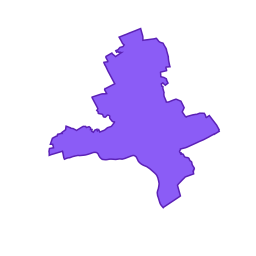 the district of Rundāles pag., Rundales, Latvia, rotated 157°
{"feature_id": "27541924B12061124033846", "entity_name": "Rundāles pag.", "entity_type": "district", "adm_level": 2, "iso_a3": "LVA", "parent_name": "Latvia", "parent_adm1": "Rundales", "projection": "mercator", "projection_center": [24.042, 56.399], "detail": "fine", "context": "isolated", "style": "filled", "palette": "violet", "viewbox_px": 256, "rotation_deg": 157, "n_neighbors": 0, "source": "geoboundaries", "source_scale": "gbopen_adm2", "svg_char_len": 5368}
<svg xmlns="http://www.w3.org/2000/svg" viewBox="0 0 256 256"><g transform="rotate(157 128 128)"><path d="M77.5,214.6L82.0,214.7L83.2,214.7L89.3,214.9L92.9,214.9L95.1,215.0L100.7,215.1L100.2,211.0L100.0,208.2L100.0,207.9L99.1,206.0L100.5,205.1L100.9,204.9L103.9,205.3L105.2,204.7L106.5,204.0L107.5,203.9L108.4,204.0L108.8,204.0L109.1,203.9L108.8,202.1L107.4,202.2L107.0,201.4L106.9,201.4L105.4,200.7L105.0,200.1L104.7,200.0L108.2,199.3L111.5,198.6L113.6,202.7L113.6,203.3L115.4,203.1L120.3,202.5L120.8,201.5L120.4,197.6L120.5,197.3L120.8,196.9L124.5,197.9L124.7,197.6L124.6,195.3L124.6,194.6L124.5,194.4L124.4,193.7L124.2,188.2L122.9,173.9L133.2,173.1L133.7,173.1L133.8,173.2L134.0,173.0L134.3,172.8L134.6,172.2L134.2,168.3L134.2,168.0L135.4,168.3L136.9,168.9L137.8,169.3L138.9,169.6L140.7,169.8L147.8,170.4L148.9,170.5L149.0,170.5L149.1,170.3L149.2,170.0L148.2,158.4L148.2,158.0L148.2,157.6L148.3,157.4L148.5,157.2L149.9,156.4L149.3,155.1L149.2,154.8L149.2,154.5L149.6,153.5L149.6,153.3L149.6,153.1L149.4,152.8L147.0,151.2L146.6,150.9L146.2,150.4L146.2,150.2L146.1,149.9L146.2,148.1L146.1,147.9L146.0,147.7L145.0,147.0L144.9,146.9L144.4,146.9L144.0,147.0L142.2,147.8L141.9,147.8L141.6,147.8L141.4,147.7L140.4,146.7L140.2,146.5L140.2,146.2L140.3,145.7L140.4,145.4L140.9,144.6L140.9,144.3L140.9,144.0L140.8,143.4L140.1,140.9L139.8,140.2L139.7,140.0L139.3,139.6L138.5,139.1L138.1,138.9L138.3,138.5L139.1,138.0L142.6,136.0L143.0,136.0L146.8,136.3L150.4,135.2L155.5,135.3L155.5,135.5L155.6,137.9L156.5,137.5L157.3,137.3L157.3,137.5L157.2,137.6L157.1,138.3L157.0,139.0L157.7,139.0L159.5,139.0L161.5,137.6L162.7,139.2L161.7,140.6L163.1,141.2L162.5,142.1L162.4,142.4L162.6,143.1L163.3,144.4L166.1,144.7L166.4,146.0L168.6,147.0L170.4,146.8L172.3,146.5L175.1,146.1L175.6,146.0L176.2,145.8L178.8,149.0L179.3,149.2L181.0,150.4L181.0,150.5L181.0,150.8L181.9,151.6L183.9,153.6L184.3,153.9L186.1,150.8L190.6,149.7L190.7,148.7L191.6,149.1L191.9,149.3L192.2,149.3L192.6,149.2L194.3,149.5L194.8,149.8L195.5,149.5L195.6,149.4L195.8,148.7L196.5,148.3L197.1,148.4L197.2,148.5L197.3,148.4L197.5,148.4L200.1,148.3L200.1,148.2L201.6,148.1L205.8,143.4L204.4,142.8L203.7,142.4L203.9,141.5L203.9,141.0L203.9,140.9L204.3,138.9L208.3,139.8L209.9,137.3L210.0,137.0L210.3,135.7L211.2,133.6L208.8,133.5L206.4,133.2L205.4,133.1L197.4,132.2L197.5,131.4L198.7,125.8L198.7,124.6L198.7,124.1L196.8,124.1L195.1,124.0L193.1,123.4L190.2,123.3L187.1,122.8L184.7,122.3L183.3,121.5L181.1,120.8L178.1,119.9L176.4,119.6L174.8,119.4L172.7,119.2L170.6,119.1L169.5,119.0L168.4,118.7L167.3,118.2L166.7,117.8L166.1,117.0L165.7,116.1L165.6,113.9L165.3,111.9L164.7,110.4L164.0,109.2L163.3,108.8L162.3,108.2L160.7,107.4L159.3,107.0L157.4,106.6L155.8,106.0L154.0,105.1L152.1,104.1L151.4,103.8L147.7,102.8L145.5,101.6L142.8,101.2L139.7,101.1L136.2,101.0L134.1,100.8L132.9,100.1L131.8,98.4L131.6,96.8L131.5,93.7L131.2,92.5L130.9,91.7L130.4,90.6L129.7,89.4L128.4,87.7L125.9,85.2L123.9,82.1L121.8,77.8L121.0,76.1L120.4,74.6L120.0,73.1L120.0,70.4L120.5,67.3L121.1,64.6L122.2,62.7L123.7,60.4L125.4,58.5L126.4,57.0L127.2,54.1L127.3,52.3L127.9,46.7L127.9,45.4L127.6,43.7L127.3,42.8L126.7,40.9L126.1,41.2L110.6,44.1L107.4,44.7L106.3,45.0L105.6,50.3L104.9,55.6L104.7,56.1L103.2,56.9L99.2,58.6L97.8,59.2L95.3,60.2L94.4,60.6L85.5,60.1L85.3,60.7L85.2,61.5L85.1,62.1L85.1,62.5L85.0,62.8L84.8,63.0L84.6,62.8L84.4,62.8L84.2,63.0L84.0,63.7L83.6,64.2L83.0,64.3L82.8,64.8L82.7,65.6L82.7,66.0L82.9,66.5L83.0,67.4L83.2,68.5L83.2,69.1L83.1,69.9L82.9,70.9L82.8,71.3L82.7,71.7L82.8,72.2L83.0,72.6L83.6,73.6L83.7,73.8L83.8,74.4L83.8,75.1L83.7,75.2L83.7,75.5L83.8,75.8L83.9,76.1L83.9,76.5L84.4,77.2L84.9,77.6L86.0,78.2L86.8,78.9L87.3,79.5L87.3,79.8L87.3,80.4L87.4,81.1L87.4,81.3L87.4,81.9L87.5,82.1L87.7,82.6L87.9,82.8L88.1,82.7L88.5,82.8L89.2,83.1L89.6,83.4L89.6,83.5L89.2,83.6L88.9,83.8L88.8,84.2L88.8,84.4L88.8,84.5L89.0,84.7L89.3,84.7L89.6,84.8L89.8,85.3L89.8,85.7L89.8,86.1L89.7,86.3L89.6,86.5L89.4,86.7L89.2,86.9L89.0,87.1L88.7,87.2L88.2,87.5L88.0,87.9L87.9,88.2L84.2,87.6L82.9,87.4L81.2,87.3L69.8,87.6L67.9,87.7L65.4,87.7L63.1,87.7L58.1,88.1L56.7,88.2L56.3,88.3L51.0,88.8L51.0,88.5L45.3,89.3L45.3,89.6L45.3,90.6L44.8,90.8L45.3,96.0L47.0,102.6L48.3,107.7L51.8,107.0L52.0,107.2L51.8,109.5L51.8,109.9L52.1,111.8L54.9,113.0L56.1,113.6L57.1,113.6L57.4,113.7L59.5,113.7L60.2,114.1L60.8,114.2L62.8,114.7L64.1,114.9L69.5,115.6L69.8,115.3L70.5,115.8L70.7,116.1L71.8,121.6L68.5,124.6L68.4,124.7L68.4,124.8L68.5,127.0L68.8,131.9L68.9,132.0L69.0,132.2L69.3,132.5L72.1,135.4L72.6,135.8L75.2,136.0L80.5,136.1L81.3,136.3L82.6,136.9L82.6,137.0L82.4,138.0L82.4,138.5L82.4,143.1L81.8,145.2L81.7,145.4L81.0,146.5L80.5,150.4L80.4,150.9L79.7,152.5L80.5,153.2L80.1,155.6L78.3,155.9L77.7,154.4L77.0,152.8L73.6,153.7L73.8,156.7L73.7,156.7L73.5,158.3L75.1,160.4L77.7,162.4L76.4,166.3L76.3,166.6L76.1,166.7L75.9,166.7L73.7,166.3L70.1,165.7L70.0,165.8L69.8,166.7L69.7,167.1L69.7,168.5L69.1,169.2L65.4,168.0L65.3,169.1L64.4,173.6L64.2,174.4L63.6,176.4L63.1,177.7L63.0,178.0L62.9,179.0L62.2,184.3L62.0,185.1L62.0,185.3L62.0,185.6L62.0,185.9L61.9,185.9L61.9,186.2L62.0,186.2L62.0,187.4L62.2,188.5L62.4,190.0L62.6,192.2L62.7,192.5L64.7,194.1L65.4,195.0L65.9,196.0L66.2,197.3L66.7,199.0L66.8,199.3L66.9,199.5L67.1,199.6L68.9,199.8L80.0,202.9L78.9,205.6L78.6,206.5L78.3,208.4L78.3,208.6L77.7,213.4L77.5,214.6Z" fill="#8b5cf6" stroke="#5b21b6" stroke-width="1.5"/></g></svg>